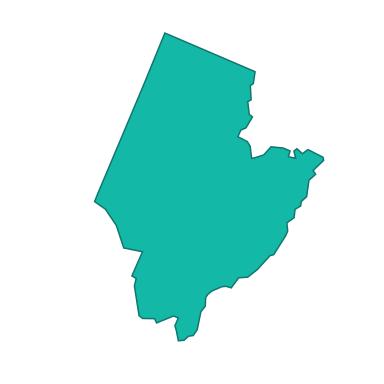 outline of Saratoga, New York, United States of America, rotated 30°
{"feature_id": "52423323B97730067298662", "entity_name": "Saratoga", "entity_type": "district", "adm_level": 2, "iso_a3": "USA", "parent_name": "United States of America", "parent_adm1": "New York", "projection": "robinson", "projection_center": [-73.751, 43.087], "detail": "fine", "context": "isolated", "style": "filled", "palette": "teal", "viewbox_px": 384, "rotation_deg": 30, "n_neighbors": 0, "source": "geoboundaries", "source_scale": "gbopen_adm2", "svg_char_len": 1081}
<svg xmlns="http://www.w3.org/2000/svg" viewBox="0 0 384 384"><g transform="rotate(30 192 192)"><path d="M259.3,324.3L260.9,318.8L264.8,315.7L265.4,308.7L259.6,291.4L260.6,284.3L256.6,276.5L256.9,272.8L258.6,268.0L265.1,259.2L268.5,256.7L273.9,255.4L275.3,243.0L282.8,237.9L287.4,226.5L291.4,208.1L294.1,205.5L295.0,182.9L294.4,178.0L289.6,171.3L293.3,163.2L289.9,155.5L293.1,149.7L291.4,145.6L293.6,138.8L287.4,123.3L290.2,114.9L286.1,112.8L290.2,98.8L288.1,96.4L271.2,97.3L268.5,103.6L261.2,102.1L259.8,105.6L264.8,110.9L257.9,113.3L256.4,107.4L249.1,108.3L237.9,113.3L235.6,124.0L228.7,131.6L226.7,132.9L219.5,123.3L214.7,120.7L204.1,121.2L203.3,114.0L206.7,109.5L206.8,96.7L202.8,96.2L195.1,85.9L197.1,82.6L189.3,70.7L190.9,67.5L186.5,56.3L89.0,67.9L96.0,119.1L101.5,162.7L110.8,237.2L111.0,238.8L112.4,249.0L125.6,250.2L143.2,258.8L160.9,274.6L179.0,268.5L181.9,294.7L186.9,294.8L189.0,302.0L208.0,325.6L212.5,326.2L222.9,320.4L226.8,323.1L238.1,308.5L243.1,308.0L244.1,316.4L247.4,319.5L254.6,327.7L259.3,324.3Z" fill="#14b8a6" stroke="#0f766e" stroke-width="1.5"/></g></svg>